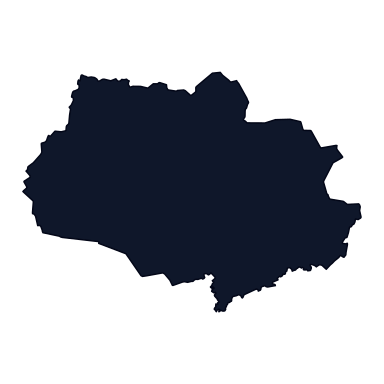 outline of Tomsk
{"feature_id": "RUS-2167", "entity_name": "Tomsk", "entity_type": "Region", "adm_level": 1, "iso_a3": "RUS", "parent_name": "Russia", "parent_adm1": "", "projection": "orthographic", "projection_center": [83.174, 58.364], "detail": "fine", "context": "isolated", "style": "filled", "palette": "ink", "viewbox_px": 384, "rotation_deg": 0, "n_neighbors": 0, "source": "natural_earth", "source_scale": "10m", "svg_char_len": 5890}
<svg xmlns="http://www.w3.org/2000/svg" viewBox="0 0 384 384"><path d="M220.2,72.4L220.5,72.7L222.6,75.3L228.6,80.1L229.9,81.5L230.8,82.1L236.6,80.7L237.1,81.7L238.7,83.6L246.8,98.2L247.5,100.1L248.4,101.9L248.5,102.5L248.3,103.1L247.5,104.5L246.5,108.0L245.3,109.5L245.1,111.0L245.0,116.1L244.9,116.7L244.8,117.1L243.7,118.7L243.3,119.7L243.3,119.9L243.8,120.3L245.4,121.2L247.0,122.9L265.0,123.0L275.4,119.7L290.1,119.3L300.5,121.7L300.7,122.0L300.9,122.4L302.8,129.1L303.4,130.2L303.9,130.4L310.2,130.5L310.9,130.7L311.7,131.9L320.1,147.0L320.9,147.9L321.5,147.9L336.1,145.4L336.9,145.6L336.6,148.3L336.9,149.1L337.2,149.8L342.5,156.7L342.6,157.1L341.9,157.8L333.0,162.8L323.7,180.9L323.5,182.1L326.4,192.2L326.6,193.3L327.0,193.9L328.0,194.8L328.3,196.1L329.5,198.7L330.3,199.2L343.0,201.3L343.7,201.6L347.1,204.3L347.9,204.4L358.7,203.9L358.9,204.1L359.7,205.2L360.2,206.9L359.6,210.6L360.9,216.3L361.0,217.0L360.9,217.6L360.5,218.1L358.2,219.5L357.0,219.4L355.9,219.0L355.5,219.1L355.3,219.4L355.1,221.0L354.9,222.0L354.0,223.9L353.5,224.4L352.5,224.6L351.7,226.1L351.2,226.7L349.6,227.2L349.4,227.8L348.4,232.7L347.0,237.2L346.7,237.5L345.4,237.8L345.0,238.0L342.5,242.0L342.4,243.1L342.6,243.4L345.1,243.8L346.1,243.8L347.1,243.3L347.3,243.4L347.4,243.9L347.4,244.8L346.0,252.5L345.8,254.9L344.0,257.2L343.3,257.1L340.8,255.5L340.2,255.6L338.7,257.5L334.5,260.9L332.3,263.2L330.3,264.9L326.3,269.2L326.1,269.1L322.0,265.3L320.3,264.8L319.1,264.9L316.3,266.8L315.0,265.7L312.9,264.8L310.8,264.4L310.3,264.5L310.1,265.1L310.1,265.4L310.3,266.0L311.2,267.1L311.3,267.7L311.2,268.5L310.6,270.1L310.2,270.5L307.8,270.8L306.3,269.4L306.1,269.4L305.2,270.0L303.7,269.8L303.5,269.6L303.4,269.4L303.7,268.4L302.9,267.6L302.4,267.4L301.6,268.0L299.4,266.9L298.3,267.3L297.6,268.2L296.9,268.5L296.3,269.0L295.5,270.0L294.0,270.4L292.3,271.1L292.1,270.8L291.9,269.9L291.7,269.4L290.0,267.7L287.7,267.9L287.5,268.0L287.3,268.3L286.8,271.0L285.7,271.6L285.4,273.3L285.2,273.9L284.7,274.2L282.7,274.3L282.6,275.2L282.4,275.7L280.9,276.7L280.4,276.8L279.5,276.4L279.1,276.5L277.3,278.3L277.9,279.5L277.9,279.9L273.2,281.9L272.7,282.3L272.3,283.0L272.3,283.4L272.6,283.8L274.7,284.5L275.2,284.9L275.3,285.6L267.7,287.0L266.2,286.7L264.9,285.7L261.8,286.7L261.3,287.1L261.0,288.0L260.7,289.6L260.3,290.2L258.4,291.0L258.2,290.1L257.0,289.3L256.8,289.0L255.7,289.3L244.3,294.6L243.8,295.2L242.9,297.4L242.3,297.9L241.7,297.5L241.2,296.4L240.8,295.8L240.0,295.2L239.0,294.7L238.5,294.8L236.1,295.8L233.7,296.3L232.9,296.6L232.4,297.1L231.7,298.7L231.6,299.2L231.6,300.7L231.4,301.2L230.4,301.6L229.6,302.4L228.3,302.6L227.9,303.0L227.6,304.1L226.7,305.3L226.3,306.6L225.5,307.9L225.5,308.4L225.6,309.0L225.6,309.5L224.9,310.7L224.3,311.0L222.9,311.1L220.9,310.4L220.5,310.4L219.7,311.4L219.3,311.6L218.9,311.6L218.9,311.1L219.4,310.1L219.5,309.5L219.2,309.3L218.8,309.2L217.1,310.1L216.5,311.4L216.3,311.6L216.0,311.4L216.1,310.9L215.9,310.6L214.4,309.4L214.3,309.1L214.4,308.6L214.6,308.1L215.6,307.1L215.9,304.2L216.0,304.0L217.7,304.3L217.6,302.9L218.7,302.3L218.9,302.1L218.9,301.8L218.7,301.4L217.3,299.5L217.3,299.3L217.5,298.8L216.5,298.1L214.8,296.2L214.5,295.6L214.5,294.9L215.9,293.3L216.0,293.1L215.8,292.8L215.2,292.2L214.2,292.8L213.8,292.8L211.7,291.3L211.7,290.9L212.2,290.4L212.4,289.9L212.1,289.3L212.2,288.9L212.7,288.4L213.6,288.7L214.1,288.1L212.9,286.9L211.4,287.9L210.8,287.5L210.5,287.0L212.3,284.9L212.3,284.7L212.1,284.3L212.2,284.1L213.3,282.9L213.7,282.3L213.7,281.9L212.8,281.4L212.4,280.7L214.6,278.8L214.8,278.6L215.1,277.8L215.0,277.1L210.9,272.8L209.9,274.0L208.7,274.8L208.1,274.7L207.2,273.9L206.3,273.7L205.2,273.6L204.2,274.0L203.9,274.4L203.9,274.8L204.2,276.3L204.6,277.1L204.7,277.4L204.5,277.8L204.0,278.4L202.9,279.0L202.6,279.0L201.5,278.3L201.1,278.3L197.9,279.4L196.4,279.3L195.2,279.5L194.6,279.7L193.1,281.2L192.5,281.4L191.3,281.4L187.6,282.3L184.5,281.7L182.6,282.0L173.0,285.4L172.4,285.3L169.9,280.2L164.8,274.1L163.6,273.3L162.6,272.9L146.5,275.8L142.5,276.4L141.0,275.6L125.9,253.7L98.8,243.4L98.8,241.6L62.2,237.4L60.5,236.9L59.5,236.2L43.0,232.7L42.5,231.7L42.2,230.1L40.9,226.5L40.0,225.5L37.7,225.5L35.6,216.3L34.2,214.2L32.6,213.6L32.5,212.5L33.3,202.3L33.2,201.1L32.9,200.7L23.3,191.9L23.0,191.5L23.6,190.7L26.3,188.4L26.6,187.9L26.9,187.3L26.4,186.1L24.1,182.1L24.0,181.5L24.3,181.1L30.0,177.4L30.1,175.8L26.1,171.1L27.5,169.6L27.9,167.0L28.8,166.1L33.3,162.8L40.4,154.8L41.3,153.4L41.8,152.3L41.8,151.2L41.3,144.6L41.3,143.9L41.4,143.4L41.9,143.1L44.7,142.3L46.0,141.4L46.7,140.2L47.7,137.2L48.4,135.7L48.8,135.5L49.8,136.2L50.6,136.1L54.7,131.5L55.1,131.2L61.2,131.8L65.6,130.8L66.0,130.4L66.3,126.8L66.7,125.7L68.4,124.2L68.7,123.6L68.9,123.0L69.6,115.0L70.5,109.3L70.4,108.7L69.4,107.6L69.3,107.4L69.3,107.1L71.1,105.3L71.5,104.6L73.4,100.6L73.4,100.1L73.3,98.6L73.0,97.7L72.7,97.4L71.7,97.1L71.6,96.8L71.8,95.5L72.7,92.2L73.4,91.4L74.0,91.0L75.1,90.8L78.1,89.4L78.6,88.8L79.0,88.0L79.2,87.2L79.0,85.0L78.8,84.7L78.0,84.4L77.7,83.9L78.0,81.2L78.2,80.7L78.3,80.7L78.6,80.1L79.5,80.6L80.1,80.7L80.3,80.0L80.3,79.1L81.0,76.0L81.1,75.5L81.5,75.1L82.1,75.0L84.6,76.2L85.8,76.4L87.8,77.5L91.2,77.0L94.3,77.5L95.3,78.0L96.8,79.1L97.9,80.8L98.7,81.3L99.2,81.2L102.3,79.4L103.2,79.2L104.2,79.2L110.8,80.8L115.6,78.9L115.9,78.9L117.6,81.0L118.1,81.2L120.3,81.0L121.5,79.7L121.9,79.4L122.1,79.4L122.8,79.7L123.7,79.6L124.8,79.6L126.4,79.2L126.8,79.4L127.7,80.4L128.8,80.7L129.1,81.0L129.1,81.3L128.7,81.9L128.5,82.3L128.3,84.5L129.8,87.1L130.1,87.2L132.9,86.3L140.6,86.4L147.3,88.0L147.8,88.0L148.3,87.8L153.3,83.8L157.5,83.8L159.0,82.7L159.7,82.6L166.3,84.7L166.5,84.9L166.7,87.4L166.9,88.0L167.6,89.3L168.0,89.8L168.6,90.0L176.4,91.2L177.4,90.5L183.7,90.0L185.3,90.7L190.3,95.2L190.9,95.4L191.5,95.2L195.3,92.2L195.7,91.7L195.9,90.4L195.8,87.8L196.0,87.3L196.3,86.7L212.4,73.2L220.2,72.4Z" fill="#0f172a" stroke="#020617" stroke-width="1.5"/></svg>